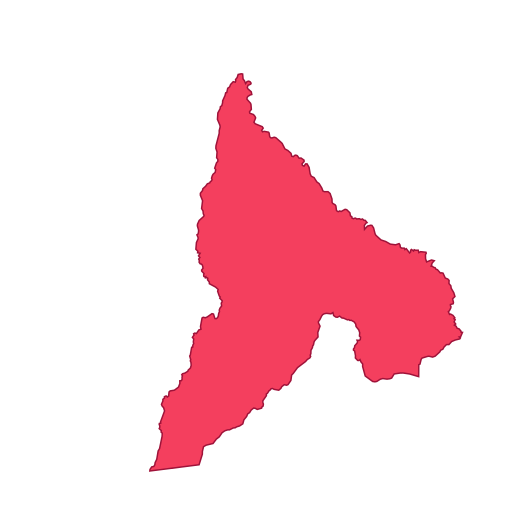 outline of São José do Rio Claro, Mato Grosso, Brazil, rotated 340°
{"feature_id": "56859067B99749673428904", "entity_name": "São José do Rio Claro", "entity_type": "district", "adm_level": 2, "iso_a3": "BRA", "parent_name": "Brazil", "parent_adm1": "Mato Grosso", "projection": "mercator", "projection_center": [-56.788, -13.44], "detail": "fine", "context": "isolated", "style": "filled", "palette": "rose", "viewbox_px": 512, "rotation_deg": 340, "n_neighbors": 0, "source": "geoboundaries", "source_scale": "gbopen_adm2", "svg_char_len": 6136}
<svg xmlns="http://www.w3.org/2000/svg" viewBox="0 0 512 512"><g transform="rotate(340 256 256)"><path d="M419.1,403.6L420.0,402.9L419.3,401.6L420.7,401.8L423.9,398.4L422.7,397.8L422.9,396.6L421.9,393.9L420.3,392.7L420.0,390.4L418.8,388.8L420.4,388.2L419.6,385.7L421.4,383.9L420.6,382.7L421.7,382.1L420.8,379.2L419.0,377.1L417.9,377.1L417.7,374.1L419.0,373.6L421.3,371.4L421.9,370.3L421.7,369.3L422.1,368.1L425.0,368.3L425.7,367.1L426.1,363.5L429.1,362.1L429.3,358.1L428.4,353.1L428.9,350.6L427.9,347.9L429.1,345.0L428.4,343.3L426.3,341.4L425.9,336.1L424.7,335.3L423.4,335.0L421.8,330.9L420.6,330.0L420.3,328.2L419.0,327.4L418.3,326.0L417.1,325.5L419.2,322.8L421.9,321.4L419.6,319.8L414.3,319.9L414.4,316.6L415.7,312.7L416.9,311.7L417.0,310.6L412.1,308.2L410.2,308.5L410.4,306.0L407.9,305.2L406.8,304.2L405.8,305.2L404.3,303.0L403.2,303.5L402.7,305.0L401.4,305.7L399.7,300.5L398.1,300.9L398.1,299.4L395.6,298.4L394.7,297.3L395.1,294.7L394.7,293.3L391.0,293.2L386.3,290.8L382.8,286.7L379.0,283.7L375.7,277.5L375.5,275.7L376.1,269.8L375.4,266.9L374.3,266.3L371.0,266.0L367.1,268.1L368.3,264.3L370.7,262.7L371.8,262.6L370.9,259.9L369.6,259.3L368.7,257.6L367.1,257.6L365.9,256.3L363.2,255.6L362.6,254.5L361.6,254.2L360.3,254.3L359.2,253.2L359.5,251.9L358.5,250.5L359.0,247.5L357.1,243.5L355.7,242.6L351.2,243.3L350.1,242.3L348.6,242.5L347.8,241.9L347.2,240.7L348.2,236.3L347.8,234.8L346.2,233.0L345.8,231.8L346.9,228.4L347.0,222.6L345.7,220.2L342.2,218.9L341.1,217.8L341.1,214.7L340.1,209.6L338.5,207.2L337.4,202.2L335.2,199.9L335.0,197.2L336.2,190.9L335.5,186.9L334.1,186.4L331.8,188.0L330.6,186.7L330.8,185.1L333.5,183.7L333.9,182.3L331.8,179.3L330.0,178.9L329.1,175.8L327.9,174.8L326.7,174.7L325.1,175.4L323.7,174.5L324.0,171.5L322.0,167.7L319.8,165.3L319.1,159.2L318.4,157.7L315.1,151.6L313.7,150.6L311.3,150.5L310.2,149.9L309.7,148.6L310.4,144.9L310.1,143.9L306.4,141.7L304.6,141.5L304.3,139.9L306.5,138.3L306.1,136.6L300.5,131.5L299.8,129.6L302.9,126.1L302.8,124.4L302.0,122.2L299.0,119.7L299.2,118.3L301.8,116.6L303.1,111.9L303.1,110.6L301.1,105.6L301.8,104.2L302.8,103.3L305.5,102.7L307.3,102.8L307.7,100.1L305.5,96.0L305.4,94.8L306.8,92.9L309.8,92.7L310.5,91.9L310.1,90.3L309.0,89.2L307.3,89.0L305.2,90.4L305.1,87.5L304.4,85.2L305.7,80.4L304.4,79.7L301.3,79.3L299.4,81.8L297.1,83.2L296.9,84.5L296.0,85.6L294.2,84.4L290.8,86.1L289.0,88.1L286.8,88.7L284.4,92.4L283.3,92.3L281.8,94.6L277.7,98.8L277.0,100.6L275.3,103.0L273.5,103.6L272.8,105.2L269.1,108.5L266.5,114.4L266.8,120.7L266.5,122.4L264.3,125.6L263.4,128.1L256.1,138.7L255.1,141.1L255.0,144.9L252.6,150.2L253.2,152.1L252.5,154.0L250.7,155.0L247.2,159.4L247.7,161.0L246.2,163.5L243.6,164.5L242.3,165.7L240.8,167.7L240.8,169.3L239.7,170.2L238.4,170.6L237.5,171.5L235.0,171.5L232.5,173.2L229.1,174.6L228.1,176.2L225.2,178.0L224.5,179.8L224.7,185.8L221.1,192.8L221.6,195.6L220.9,198.3L221.1,200.0L220.4,200.9L214.7,203.2L211.9,206.1L211.2,207.6L210.9,212.0L210.2,213.7L209.2,215.4L207.7,215.9L207.9,218.7L207.5,220.0L204.6,223.0L201.8,229.1L203.0,231.7L202.2,233.0L204.4,234.3L202.0,236.2L202.8,238.2L201.1,239.3L201.2,240.7L200.4,242.5L200.9,244.3L202.0,245.0L202.4,246.0L202.4,247.5L202.0,249.4L200.1,250.6L199.8,251.6L201.1,254.7L200.3,255.9L200.0,257.3L200.7,258.2L201.7,258.2L201.1,259.3L202.4,259.6L203.1,260.4L202.3,261.8L203.2,264.4L202.7,266.1L207.4,271.4L209.0,274.5L207.9,276.0L207.8,281.0L208.4,282.3L207.5,283.2L208.9,286.5L208.3,287.6L207.2,288.4L206.6,291.2L204.3,292.7L203.0,294.2L202.6,295.9L201.4,297.0L199.8,299.9L198.3,301.0L197.1,301.3L196.0,300.7L196.2,296.0L194.9,295.1L189.3,296.6L187.3,296.7L185.4,295.5L184.1,295.8L179.7,303.3L179.2,306.0L177.1,305.9L173.5,308.5L172.2,307.5L170.8,307.7L170.7,309.1L168.4,310.7L169.1,312.7L167.7,315.3L167.5,317.0L166.2,318.1L165.3,320.0L164.3,319.8L160.4,326.6L159.5,327.3L159.2,331.1L158.4,332.1L158.5,333.7L157.7,336.6L156.0,338.9L153.3,340.0L152.5,341.0L149.1,341.7L146.7,341.5L145.6,342.2L145.9,343.5L145.1,344.4L144.4,346.6L143.3,347.6L141.7,347.2L140.9,349.7L138.3,352.7L133.4,354.2L129.2,353.4L127.8,354.0L126.0,357.7L124.4,358.2L124.0,357.0L122.9,356.7L121.7,357.0L121.4,358.2L119.5,358.8L118.9,360.4L116.4,363.1L116.5,365.0L117.3,366.9L117.1,370.3L109.6,379.2L109.3,380.5L107.9,380.3L107.4,381.3L107.5,382.7L106.9,384.2L106.0,385.1L107.3,387.7L106.6,389.0L107.3,390.4L106.1,393.3L99.5,404.0L97.4,405.7L93.2,413.1L90.6,415.6L89.5,417.6L88.0,418.8L85.9,418.5L83.5,420.2L82.7,421.7L131.1,432.7L137.8,423.9L138.8,421.3L141.5,417.2L144.5,416.7L151.5,417.5L156.1,414.5L159.6,413.4L163.6,410.5L166.9,409.6L170.1,409.7L171.6,410.3L175.8,409.8L177.8,410.3L179.3,409.9L182.4,410.1L186.2,409.2L188.6,405.8L192.3,403.6L194.2,401.5L196.4,401.0L198.8,399.1L201.7,398.1L203.1,398.8L204.7,400.6L209.2,400.9L210.0,399.9L211.3,399.5L212.3,397.7L212.3,396.1L212.9,394.4L218.0,390.8L218.5,389.2L219.8,388.9L222.3,387.0L223.4,386.8L224.8,385.9L226.1,386.1L227.4,387.5L231.5,389.9L234.1,388.9L235.5,387.6L238.5,386.6L240.6,387.9L242.1,387.8L246.2,384.9L248.8,380.0L250.8,379.1L256.8,375.1L266.5,372.1L268.8,370.8L271.7,370.2L273.0,369.1L273.0,367.7L274.1,366.6L275.4,363.4L277.6,361.5L278.6,359.8L279.6,359.2L281.1,356.7L282.3,355.6L286.6,353.3L287.9,349.0L292.2,343.8L291.8,340.2L292.2,339.0L294.3,337.6L297.2,334.8L298.6,333.9L300.4,333.6L302.7,334.0L306.7,336.0L308.9,335.5L308.6,338.5L310.0,340.6L311.5,341.4L314.0,341.1L315.6,343.7L317.0,344.3L320.1,347.3L321.5,347.5L322.1,348.6L323.5,349.0L325.7,351.5L326.4,354.1L325.9,356.5L327.3,360.6L327.2,363.6L325.8,366.6L326.5,368.0L325.4,370.2L324.4,370.6L322.1,369.7L322.2,371.2L321.2,372.4L318.1,374.1L317.2,375.8L315.8,376.7L315.4,377.8L316.2,379.0L315.4,383.7L314.5,385.8L315.8,388.9L316.9,389.4L318.3,388.9L318.4,391.5L319.3,393.9L318.4,396.3L317.6,406.1L322.7,413.8L324.7,414.9L326.6,415.2L330.6,414.3L333.2,414.5L337.0,416.5L339.8,417.1L341.7,417.1L345.5,414.1L351.5,415.3L354.3,416.3L360.0,419.4L367.6,425.0L371.8,413.8L373.1,413.7L375.9,409.5L377.2,408.7L382.7,409.0L384.2,409.3L387.4,411.4L390.1,411.4L395.9,409.0L397.3,407.7L399.7,407.5L401.5,405.9L404.7,404.4L407.0,405.2L410.6,403.3L414.6,403.1L419.1,403.6Z" fill="#f43f5e" stroke="#9f1239" stroke-width="1.5"/></g></svg>